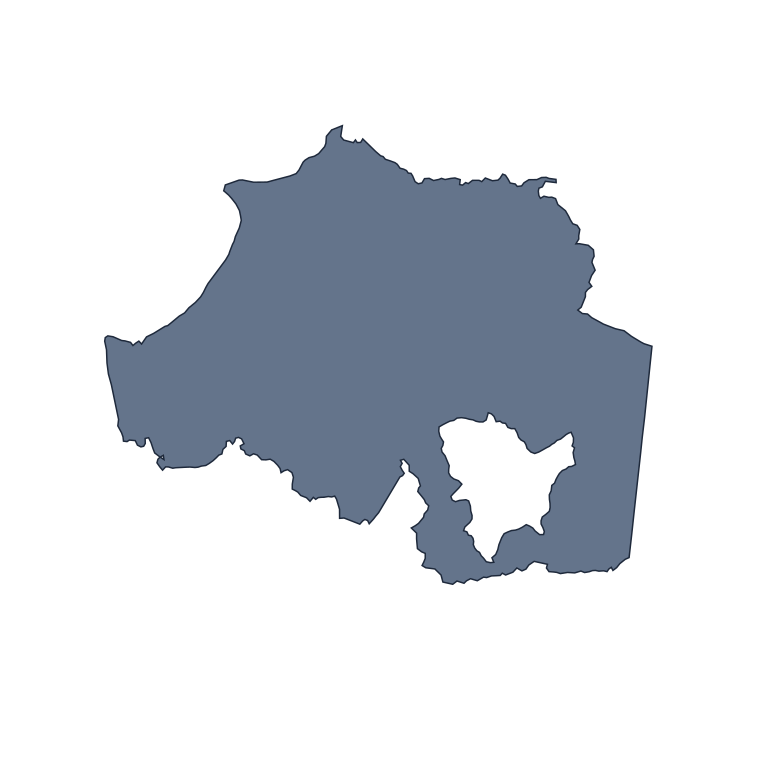 Pelotas, Rio Grande do Sul, Brazil (Natural Earth projection), rotated 159°
{"feature_id": "56859067B94583558960101", "entity_name": "Pelotas", "entity_type": "district", "adm_level": 2, "iso_a3": "BRA", "parent_name": "Brazil", "parent_adm1": "Rio Grande do Sul", "projection": "natural_earth1", "projection_center": [-52.336, -31.561], "detail": "fine", "context": "isolated", "style": "filled", "palette": "slate", "viewbox_px": 768, "rotation_deg": 159, "n_neighbors": 0, "source": "geoboundaries", "source_scale": "gbopen_adm2", "svg_char_len": 6113}
<svg xmlns="http://www.w3.org/2000/svg" viewBox="0 0 768 768"><g transform="rotate(159 384 384)"><path d="M120.3,323.2L126.8,328.4L129.0,330.9L133.9,337.2L135.9,339.8L140.8,347.7L148.2,352.7L157.7,361.3L166.3,371.5L168.9,376.4L173.6,378.7L176.6,383.6L172.4,385.0L164.7,393.3L163.1,397.3L160.0,399.2L155.0,400.7L156.2,405.4L151.3,410.9L146.1,414.6L146.3,423.0L144.6,425.6L142.1,427.9L140.4,434.2L143.6,440.3L151.4,445.0L154.6,446.1L150.2,449.5L149.1,452.6L145.8,458.1L146.8,462.9L150.4,466.0L151.2,470.5L151.5,474.3L152.5,480.7L157.4,489.2L157.4,495.6L160.4,498.3L163.3,499.2L167.4,502.0L171.4,501.3L171.9,504.5L170.8,508.8L169.2,511.3L165.5,511.3L160.7,515.4L151.1,510.3L150.1,513.4L156.3,516.8L158.5,518.8L162.9,520.3L168.0,520.0L175.5,522.8L181.2,521.7L184.5,519.6L188.8,520.7L189.8,523.7L194.2,526.4L194.8,530.9L195.8,535.4L198.0,537.4L202.0,534.5L204.6,533.5L209.9,534.9L215.6,540.0L220.2,537.9L222.3,540.1L228.4,542.4L233.5,540.9L235.6,542.8L239.4,541.5L241.9,543.1L239.6,547.5L243.9,550.9L247.9,552.0L253.7,553.0L256.7,555.4L259.3,555.3L264.8,556.2L268.1,559.8L272.6,561.2L276.5,558.1L280.3,558.7L282.5,561.8L282.7,568.0L283.3,571.0L285.8,572.2L286.5,575.2L288.6,577.5L291.7,579.7L292.9,584.4L294.5,586.8L298.5,590.3L302.2,593.3L303.3,596.6L305.4,598.3L308.4,603.9L316.0,620.4L319.2,617.9L322.5,619.0L323.2,622.1L326.1,620.3L334.2,626.2L335.7,630.6L330.3,640.1L341.7,640.0L349.0,635.9L352.0,629.5L354.4,626.8L358.0,624.9L362.4,622.5L367.3,621.6L372.9,622.2L377.4,621.3L380.0,620.1L386.7,614.2L390.6,611.9L393.5,611.9L397.3,611.9L411.1,613.4L414.8,613.8L420.8,614.4L433.4,619.1L443.0,625.2L446.3,626.3L460.8,626.7L464.4,621.8L461.3,616.0L459.7,611.7L457.7,605.2L457.3,602.2L456.8,597.7L457.7,592.3L458.6,587.9L463.2,581.5L468.1,576.7L470.0,574.8L472.8,570.9L475.4,568.6L480.4,563.1L482.4,560.6L487.4,556.6L512.2,540.9L515.6,538.1L519.7,534.3L523.9,531.1L530.9,527.7L538.8,525.1L544.7,521.8L550.7,520.8L565.0,516.0L567.8,516.3L581.0,513.8L588.8,513.1L596.0,508.2L597.5,511.9L601.2,511.1L604.6,509.9L605.7,513.7L610.4,517.1L613.3,518.6L620.0,525.2L624.6,527.9L627.6,527.2L629.4,524.1L630.8,515.4L635.1,502.8L637.7,492.1L638.8,480.9L644.5,446.0L647.5,440.3L646.5,432.5L646.6,428.2L647.7,424.0L644.5,422.3L641.8,422.9L636.5,420.3L636.1,415.3L633.5,412.4L630.7,412.0L628.2,414.0L626.5,418.8L623.0,418.2L622.5,412.8L622.8,406.6L622.8,401.8L619.2,396.0L622.0,394.8L624.2,391.8L622.9,386.6L621.6,382.9L617.6,384.9L615.1,383.9L611.4,381.1L608.5,380.5L598.4,377.2L594.9,376.0L590.4,373.8L587.4,373.0L583.8,372.8L579.6,371.8L575.5,372.5L571.0,373.7L566.9,375.3L563.7,376.8L560.4,376.8L557.8,380.7L553.8,382.3L551.7,386.9L548.3,386.5L546.9,382.2L544.1,383.9L541.9,386.6L539.0,386.3L536.6,383.8L536.1,378.4L540.4,377.7L540.9,374.7L538.3,371.8L538.2,368.2L535.0,365.0L530.8,365.6L527.8,363.1L525.4,357.2L521.4,355.5L517.2,354.6L514.5,351.2L512.4,346.3L511.3,342.3L511.9,338.1L508.4,338.8L504.7,338.6L501.7,334.3L502.0,329.4L505.5,323.4L507.3,318.8L505.1,316.4L503.2,314.0L501.7,309.8L497.1,305.6L495.1,301.0L490.6,303.5L489.1,300.8L486.2,301.5L483.4,300.8L480.6,299.8L476.3,298.9L473.3,297.3L470.2,297.0L469.6,293.6L470.4,283.0L473.6,274.5L469.3,273.2L456.8,261.8L453.0,263.8L450.4,264.4L448.2,262.4L447.9,258.8L442.2,261.7L439.1,263.6L435.1,265.8L402.5,291.5L399.5,291.8L397.1,293.4L397.9,296.8L398.4,301.0L395.5,303.4L396.0,306.9L392.5,306.6L389.6,299.1L391.7,293.5L389.0,289.8L385.9,283.6L386.3,278.9L386.5,275.8L388.9,274.5L391.0,271.5L389.1,265.8L387.8,261.6L387.7,258.1L385.9,254.3L388.4,250.7L393.0,248.3L394.8,245.4L401.7,241.5L405.5,240.5L410.1,239.8L407.0,233.1L409.1,227.7L410.4,223.2L411.8,218.3L409.0,213.8L406.2,211.1L408.0,206.4L410.7,203.5L413.5,200.9L410.9,197.5L402.8,193.1L399.2,185.2L400.0,178.0L391.6,172.4L386.5,173.9L380.7,169.3L377.5,170.7L373.0,171.2L370.4,169.2L367.4,166.9L360.3,168.0L357.5,166.5L352.4,166.3L347.9,164.8L344.1,163.6L341.4,165.0L338.9,162.1L331.1,162.1L325.9,164.6L322.2,160.1L317.8,160.3L313.7,163.1L307.4,164.6L296.0,157.1L298.3,154.0L297.2,149.7L292.8,147.6L290.2,146.2L287.3,143.8L280.2,142.3L273.6,139.3L267.2,138.8L264.3,136.1L259.7,135.2L256.3,135.1L253.4,134.2L250.5,132.3L245.9,130.9L243.0,128.9L240.4,130.7L237.5,131.4L237.1,127.9L232.6,129.2L228.2,131.8L221.6,133.9L217.4,134.1L206.5,155.1L196.2,175.2L181.8,203.1L169.1,227.7L162.1,241.5L152.9,259.0L120.3,323.2ZM297.0,319.8L294.4,317.6L292.9,314.3L292.8,308.6L289.0,307.7L287.4,305.2L284.6,303.7L283.9,299.1L281.2,296.7L277.9,295.5L277.2,290.9L277.4,285.8L276.2,282.7L273.7,279.7L273.2,276.5L273.5,272.6L271.3,267.9L268.2,265.1L263.9,265.0L259.6,265.6L255.0,266.3L251.8,266.6L248.8,267.6L246.2,267.9L242.7,269.4L238.9,269.3L235.1,270.5L232.2,271.5L229.2,272.0L226.6,271.9L226.4,265.8L228.1,261.7L230.6,258.8L229.0,256.2L232.0,252.2L233.1,247.3L233.4,243.7L234.1,240.2L238.4,239.8L241.2,240.6L244.5,239.4L248.5,239.3L252.3,237.6L254.9,235.6L257.7,233.2L260.3,230.3L263.7,229.2L266.2,224.4L269.4,221.3L270.9,217.0L271.8,213.0L273.2,209.1L275.3,205.9L279.6,204.3L283.9,203.1L286.4,200.0L287.5,197.0L287.1,193.0L287.2,188.8L289.0,186.3L292.7,187.6L295.6,192.6L296.7,196.2L299.0,199.2L301.6,201.7L306.3,200.7L310.3,200.3L313.7,200.5L317.5,201.5L321.3,201.5L325.5,201.2L329.2,198.3L331.8,195.5L334.3,192.8L337.1,188.6L340.8,184.8L345.5,183.1L345.4,178.2L348.7,179.1L352.2,181.4L353.5,185.8L354.8,188.8L355.2,192.6L357.1,195.0L358.1,198.3L358.2,202.0L356.7,204.9L356.2,208.1L357.0,211.1L359.4,212.6L359.6,216.3L362.3,218.5L359.8,221.5L357.1,222.6L353.5,224.0L350.2,226.5L348.9,229.7L348.5,234.4L347.1,239.1L346.9,244.5L349.0,246.6L351.7,247.3L355.4,248.3L359.4,248.5L361.9,251.2L361.9,255.1L358.8,256.7L355.7,258.1L351.6,260.0L347.2,262.6L349.1,267.0L352.9,270.4L355.0,273.9L355.5,277.9L354.2,281.1L352.4,284.4L352.6,289.6L352.7,295.1L354.2,299.8L353.6,303.4L351.1,305.5L349.2,308.6L349.9,311.7L350.5,315.3L349.8,320.3L348.0,324.2L343.8,324.9L339.3,325.4L335.7,325.7L331.9,325.0L328.0,326.0L323.7,324.8L319.9,322.7L317.0,320.5L313.7,318.6L311.4,316.2L308.7,314.5L305.2,313.1L301.5,313.8L298.9,317.2L297.0,319.8ZM619.2,396.0L615.6,396.5L616.5,392.3L619.2,396.0Z" fill="#64748b" stroke="#1e293b" stroke-width="1.5"/></g></svg>